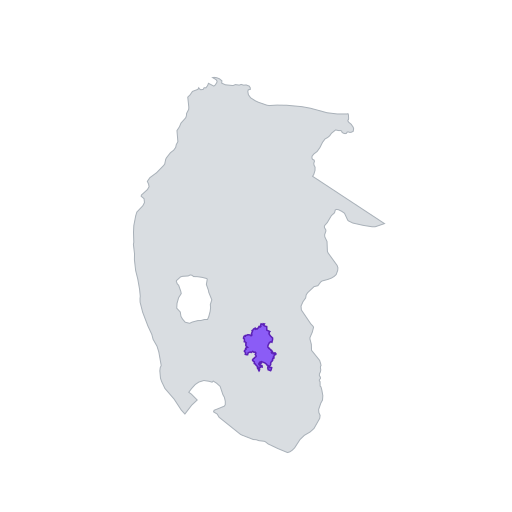 where Gauteng sits in South Africa, rotated 127°
{"feature_id": "ZAF-1208", "entity_name": "Gauteng", "entity_type": "Province", "adm_level": 1, "iso_a3": "ZAF", "parent_name": "South Africa", "parent_adm1": "", "projection": "orthographic", "projection_center": [28.225, -26.009], "detail": "fine", "context": "in_parent", "style": "filled", "palette": "violet", "viewbox_px": 512, "rotation_deg": 127, "n_neighbors": 0, "source": "natural_earth", "source_scale": "10m", "svg_char_len": 6652}
<svg xmlns="http://www.w3.org/2000/svg" viewBox="0 0 512 512"><g transform="rotate(127 256 256)"><path d="M347.3,107.4L358.8,105.9L364.0,106.9L370.2,109.5L376.1,110.4L386.0,109.7L389.4,110.2L392.0,111.1L394.0,112.5L396.6,122.5L398.8,133.2L398.7,136.6L399.0,137.9L401.7,142.5L402.6,145.3L404.2,147.7L407.4,159.1L407.8,161.1L407.0,188.5L405.6,191.8L406.0,196.1L404.4,196.6L394.9,190.9L393.2,191.1L390.5,193.1L387.9,196.2L386.7,198.9L381.7,206.2L381.3,210.9L381.6,214.9L383.2,215.1L384.3,218.1L386.8,222.7L391.1,225.8L395.2,227.2L400.8,227.7L405.3,227.7L405.2,224.6L406.4,216.3L413.9,217.6L425.0,217.7L424.0,223.0L419.6,235.2L416.6,249.0L413.0,255.9L411.1,258.7L405.6,263.7L402.8,265.3L400.5,265.8L391.1,275.9L387.6,280.8L384.5,288.0L381.4,291.9L376.9,300.3L369.1,312.7L362.6,320.8L359.7,323.1L357.8,324.2L352.7,328.9L345.6,336.5L340.1,343.3L332.1,350.9L327.4,354.3L320.5,360.9L318.5,361.9L310.8,368.1L305.2,371.9L296.2,376.3L292.6,377.6L284.1,376.6L280.5,377.2L277.6,379.9L277.4,383.7L276.2,384.2L268.3,382.7L265.0,383.1L263.2,385.1L261.8,387.7L257.3,387.9L249.2,385.5L239.7,384.3L237.6,384.2L233.1,386.3L231.5,386.6L224.9,386.5L221.1,385.4L217.6,385.5L215.0,386.7L211.7,387.2L203.4,394.6L198.8,394.9L195.0,395.9L188.0,395.3L186.0,395.9L184.0,397.2L179.4,398.0L177.6,399.2L170.2,406.1L166.9,405.6L162.8,405.8L157.9,402.7L156.1,403.0L156.5,402.0L156.5,400.2L154.7,398.4L152.9,398.7L151.8,397.2L149.0,397.2L146.7,397.9L145.7,392.0L144.6,391.5L141.7,391.6L140.4,391.9L139.8,392.4L139.2,393.9L139.6,398.0L138.5,396.9L137.2,394.5L136.5,391.9L136.6,388.7L138.6,387.4L137.7,383.5L133.7,376.9L131.5,375.6L129.6,372.2L127.9,371.1L127.0,368.7L125.3,366.8L124.4,363.7L125.1,361.9L126.4,360.8L127.9,362.2L129.6,361.5L131.8,359.1L132.9,355.5L132.5,350.1L131.8,346.7L129.0,338.0L127.9,336.0L122.9,330.1L117.0,322.0L109.1,309.2L105.2,301.4L98.9,285.6L93.8,276.8L87.7,268.7L87.0,268.2L87.7,267.1L90.3,264.9L91.5,264.2L92.2,264.4L92.9,263.8L93.4,262.4L93.5,259.3L94.6,256.0L95.6,254.6L98.0,253.4L100.0,254.5L100.9,255.6L101.4,257.1L102.3,257.8L103.6,257.6L104.7,258.5L105.4,260.4L105.4,261.8L104.7,262.8L104.9,263.9L106.0,265.3L107.4,268.3L112.6,269.6L115.5,269.5L118.3,270.1L120.9,271.3L125.2,271.3L131.0,270.2L135.8,270.1L139.7,271.2L142.5,271.3L144.1,270.3L144.8,269.0L144.4,267.4L145.2,266.3L147.1,265.7L148.5,264.4L149.5,262.3L152.1,260.4L156.2,258.9L158.3,258.8L152.8,172.9L160.8,178.3L162.8,180.9L167.0,188.8L171.4,198.5L172.3,203.2L172.2,204.3L168.6,211.0L168.7,214.3L169.4,218.0L170.4,219.8L171.5,220.4L174.2,219.3L178.4,220.1L186.4,219.2L190.4,219.5L191.4,219.1L192.2,218.3L193.1,216.0L194.0,215.2L197.7,214.0L199.3,212.6L201.7,208.0L209.4,201.7L210.2,200.2L214.7,185.6L216.1,183.5L218.3,182.1L222.6,180.8L225.3,181.3L228.1,182.4L231.3,184.4L236.2,188.2L237.8,188.7L242.5,188.7L245.5,191.2L254.3,192.7L256.9,192.5L259.6,191.1L264.1,191.0L268.9,189.9L271.8,187.3L277.2,171.5L277.8,168.0L278.4,167.1L283.0,165.2L288.7,163.8L289.8,163.0L293.3,158.6L297.9,154.9L301.1,142.3L303.2,139.4L304.4,138.1L305.3,138.1L306.5,137.3L308.0,135.7L309.9,134.8L312.0,134.4L313.4,133.4L314.0,131.7L315.1,130.8L316.7,130.9L317.6,130.3L317.8,129.2L321.3,126.5L321.4,125.4L323.4,122.8L327.3,118.6L331.0,116.2L334.5,115.7L340.9,113.6L343.2,111.6L344.7,108.9L347.3,107.4ZM335.9,292.7L341.3,290.6L345.4,287.9L346.3,282.8L349.4,279.6L350.6,276.7L351.5,272.7L349.7,268.5L347.2,267.2L342.6,263.6L340.6,261.1L337.8,259.0L335.9,256.5L332.7,257.3L327.8,259.3L324.7,261.1L322.2,263.3L317.6,264.9L313.4,271.9L312.0,273.4L308.6,278.5L303.8,281.0L303.7,281.9L305.4,286.0L307.6,290.1L310.0,293.5L309.9,295.5L310.7,297.1L312.8,298.2L316.4,302.4L318.1,303.7L323.5,304.7L324.2,304.4L325.7,302.0L325.9,300.2L329.5,294.8L331.0,293.1L335.9,292.7Z" fill="#d9dde1" stroke="#a8b0b8" stroke-width="1"/><path d="M314.2,213.3L314.6,212.4L314.0,212.4L313.9,211.3L313.5,211.1L312.4,211.1L311.3,210.7L310.6,211.2L310.0,210.4L310.0,209.8L309.4,209.7L309.1,209.8L309.0,210.5L307.1,211.1L306.8,209.5L305.8,209.6L305.7,209.1L305.2,208.4L306.3,208.2L306.8,207.9L306.6,206.9L306.5,206.2L305.9,205.0L306.5,204.5L308.7,202.8L308.0,199.5L309.0,199.6L309.5,199.0L310.2,198.9L310.5,198.4L311.2,196.2L311.5,193.4L312.9,192.4L314.6,191.7L315.3,191.4L315.5,192.5L316.0,192.9L316.8,192.8L317.1,193.2L318.8,192.9L320.3,192.6L320.6,192.3L321.3,192.0L321.7,191.5L321.8,191.0L321.7,190.6L321.7,190.3L321.7,190.2L321.8,190.2L322.1,190.0L322.1,189.8L322.1,189.5L322.0,189.2L321.9,187.8L322.5,187.3L322.3,186.6L322.1,186.5L322.5,185.4L323.8,185.6L324.0,185.1L322.9,184.7L323.0,183.9L323.6,183.6L322.7,182.6L322.2,182.8L321.8,182.2L322.2,181.1L323.0,181.0L323.9,181.9L325.1,181.3L326.1,181.4L326.5,181.1L326.5,180.3L327.2,180.2L327.8,180.9L328.9,180.5L329.1,180.0L330.6,179.9L330.8,180.1L332.0,180.1L333.1,179.6L333.5,179.1L334.0,178.9L335.1,178.8L335.8,179.0L336.5,178.7L336.8,178.6L336.9,178.4L336.9,177.9L336.5,177.7L336.1,177.1L335.9,176.9L335.7,176.3L336.1,176.1L337.9,175.4L338.8,175.3L339.2,176.6L339.5,177.9L339.0,178.0L338.5,179.2L336.2,180.4L336.5,181.8L336.1,182.5L336.1,183.7L336.1,184.9L336.6,186.4L337.0,188.1L337.8,188.6L338.3,187.3L339.1,187.7L339.0,189.1L340.4,188.9L340.4,188.4L340.0,187.8L340.3,187.4L341.0,187.8L341.0,187.4L340.6,186.1L340.2,186.2L339.9,185.3L340.9,184.3L341.2,185.1L341.3,185.6L341.9,185.3L342.3,185.5L342.9,186.6L344.1,186.0L344.0,185.2L344.7,184.7L345.3,184.6L345.6,184.4L345.9,184.4L345.8,184.6L345.7,185.1L345.1,185.8L344.7,187.3L343.5,188.4L343.2,189.1L343.3,189.6L343.1,190.6L342.7,191.4L342.7,191.9L343.0,192.4L342.7,193.0L342.2,193.1L341.5,193.6L341.6,195.4L341.2,196.2L339.3,196.3L338.8,195.8L337.8,195.9L336.3,195.4L335.5,196.1L335.1,197.4L334.1,197.4L333.4,197.9L333.3,199.0L334.0,199.4L334.2,200.2L334.1,201.2L336.0,201.8L336.1,202.8L337.0,203.4L338.0,204.0L339.9,203.3L340.1,203.9L340.6,204.2L341.0,205.4L339.6,206.0L339.0,208.1L338.2,208.2L336.4,207.9L336.1,208.7L335.2,208.6L334.0,207.8L334.0,209.3L333.8,209.7L333.5,210.4L333.4,210.5L333.2,210.5L332.9,210.6L332.7,210.8L332.4,211.3L331.3,211.5L331.1,212.7L331.5,213.8L330.5,214.3L330.0,214.7L329.7,215.1L329.3,215.4L329.2,216.0L329.3,216.4L328.3,217.0L328.0,217.0L327.7,217.1L327.1,217.2L326.8,217.0L326.7,216.9L326.6,216.7L326.5,216.2L326.2,216.2L325.8,216.6L325.7,216.5L325.5,216.3L325.2,216.0L324.8,215.7L324.4,215.4L323.8,215.2L323.6,214.8L322.7,213.3L322.5,212.7L322.8,212.4L322.7,212.1L322.3,211.7L322.1,211.6L321.8,211.7L321.4,212.0L321.0,212.3L320.8,212.7L320.5,213.0L320.0,213.1L319.0,213.3L318.5,213.4L318.2,213.6L318.1,213.8L318.1,214.0L317.9,214.3L317.7,214.2L317.4,213.9L315.8,214.0L315.5,213.9L315.4,213.8L315.2,213.4L314.9,213.1L314.6,213.3L314.2,213.3Z" fill="#8b5cf6" stroke="#5b21b6" stroke-width="1.5"/></g></svg>